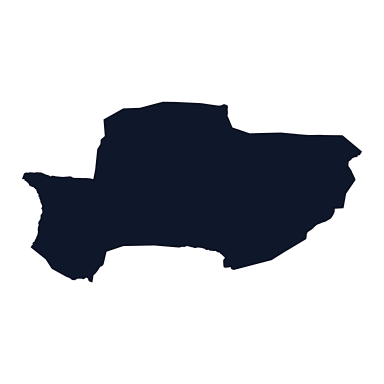 the district of Baruunturuun, Uvs, Mongolia
{"feature_id": "93677404B97554473591332", "entity_name": "Baruunturuun", "entity_type": "district", "adm_level": 2, "iso_a3": "MNG", "parent_name": "Mongolia", "parent_adm1": "Uvs", "projection": "natural_earth1", "projection_center": [94.759, 49.795], "detail": "fine", "context": "isolated", "style": "filled", "palette": "ink", "viewbox_px": 384, "rotation_deg": 0, "n_neighbors": 0, "source": "geoboundaries", "source_scale": "gbopen_adm2", "svg_char_len": 5778}
<svg xmlns="http://www.w3.org/2000/svg" viewBox="0 0 384 384"><path d="M361.0,151.7L342.2,136.0L330.9,135.9L324.5,135.8L320.4,135.6L308.9,135.8L297.2,134.9L294.8,134.6L287.2,133.9L283.9,133.6L281.0,133.3L272.5,133.5L267.6,133.6L249.5,134.1L231.9,128.1L229.3,121.9L228.9,120.9L227.6,117.8L227.0,116.8L227.0,116.4L226.8,116.1L226.8,115.7L226.5,115.3L226.7,114.5L227.1,114.1L226.9,113.7L227.1,113.3L226.9,112.9L227.2,112.3L227.1,111.7L226.9,110.5L226.9,110.2L227.0,109.8L227.0,109.6L226.8,109.2L226.8,108.8L226.9,108.3L227.1,107.9L227.2,107.5L227.2,107.1L227.0,106.5L226.9,106.0L224.5,105.0L223.7,105.0L222.0,105.9L219.7,106.4L216.9,106.2L205.6,104.6L203.2,104.2L200.7,103.9L186.2,103.2L181.9,103.0L175.3,102.7L163.1,102.5L160.0,103.3L157.6,103.9L139.9,108.6L125.2,109.1L123.8,109.3L123.7,109.1L123.4,109.2L104.3,119.9L105.6,136.4L101.4,140.0L101.2,144.3L98.0,149.4L95.9,169.9L93.9,180.2L89.9,179.1L86.0,178.8L81.0,178.8L80.4,178.7L75.5,178.7L74.5,178.6L73.5,178.5L72.8,178.4L72.1,178.0L70.5,177.1L64.2,177.6L62.2,177.7L57.1,177.2L55.6,177.1L53.9,176.6L52.1,176.5L50.6,177.2L49.7,177.1L48.6,176.1L45.6,175.3L41.2,173.3L36.5,173.0L34.1,173.5L32.6,173.2L30.8,173.1L29.6,173.0L28.6,173.7L26.8,173.2L24.7,173.9L23.0,178.4L23.6,178.4L24.2,178.4L25.1,178.6L25.3,178.8L25.2,179.8L25.3,180.0L26.7,180.7L27.9,182.0L28.8,182.5L29.1,182.8L29.2,183.1L29.2,183.4L29.3,183.5L29.6,184.0L30.1,185.1L30.3,185.3L30.6,185.4L31.1,185.3L31.3,185.5L31.5,185.7L31.7,185.9L32.1,185.9L32.4,186.0L33.2,186.4L33.6,186.4L34.0,186.5L34.5,187.1L34.7,187.3L35.2,187.5L35.5,187.6L35.6,188.4L35.8,188.5L36.4,188.7L36.8,189.0L37.0,189.5L37.1,190.3L37.3,190.8L37.5,191.1L37.7,191.3L37.7,192.3L37.9,192.5L38.4,192.8L38.8,193.4L39.1,193.8L39.2,194.3L39.3,195.0L39.2,195.6L39.2,195.9L39.3,196.2L39.7,196.7L40.0,197.0L40.2,197.4L40.1,198.3L40.2,198.6L40.4,198.9L40.7,199.4L40.8,199.8L40.9,200.1L41.2,200.6L41.3,201.0L41.1,201.7L41.1,201.9L41.2,202.1L41.7,202.6L42.3,204.4L42.6,204.7L42.8,205.0L42.8,206.0L43.0,206.3L43.2,206.5L43.0,207.0L42.7,207.4L42.2,208.3L42.1,208.5L42.8,209.3L43.1,210.1L43.0,211.2L43.3,212.2L42.8,213.3L42.5,213.8L42.5,214.1L42.1,214.6L41.4,215.2L41.3,216.4L41.4,217.3L41.3,218.1L41.0,219.5L40.6,220.1L40.0,221.1L39.6,221.7L39.1,222.4L39.0,222.7L39.0,223.2L39.2,223.6L39.5,225.0L39.5,225.4L39.3,225.6L39.2,226.0L39.3,226.4L38.7,227.2L38.6,228.0L38.6,228.5L38.8,228.8L38.5,229.7L38.4,230.1L38.8,231.5L38.7,232.5L38.4,233.5L38.3,234.6L38.2,235.0L38.0,235.4L37.9,235.6L37.7,235.9L37.4,236.7L37.4,236.9L36.9,237.7L36.8,238.0L36.9,238.6L36.7,239.0L36.1,239.5L35.9,239.7L35.9,240.3L35.7,240.7L35.4,241.0L35.3,241.3L35.2,241.8L35.0,242.0L34.8,242.2L34.5,242.4L34.1,242.6L33.7,242.8L33.6,243.1L33.3,243.6L33.3,243.9L33.4,244.9L33.4,245.2L33.4,245.3L33.1,245.5L32.7,245.8L32.2,246.1L31.6,247.1L46.2,258.8L52.3,268.2L67.2,276.4L68.8,276.9L69.8,277.3L71.9,278.7L72.0,279.0L72.3,279.3L72.6,279.3L73.4,279.1L73.8,279.2L74.2,279.4L74.7,279.5L75.0,279.3L75.3,278.9L75.5,278.8L75.9,278.7L76.2,278.6L76.8,278.1L77.2,277.8L77.8,277.9L78.5,277.9L79.0,278.0L79.7,277.7L80.2,277.9L80.8,277.9L81.5,277.8L82.1,277.9L82.6,278.1L82.9,278.4L83.2,278.4L83.5,278.4L83.9,278.2L84.9,277.4L85.6,277.1L86.0,276.8L86.5,276.6L86.8,276.7L87.0,276.9L87.3,277.2L88.1,277.8L89.3,278.4L89.3,278.8L89.1,279.1L88.9,279.4L88.9,279.6L89.0,279.8L89.3,280.3L89.6,280.7L90.2,280.9L90.6,281.1L91.8,281.5L92.8,274.8L93.6,274.2L95.2,272.7L96.5,271.0L97.1,270.2L98.8,267.7L99.2,266.8L99.8,266.2L101.5,265.4L102.3,264.8L102.9,263.9L105.9,251.1L123.2,245.3L154.2,244.7L179.2,246.8L179.6,246.6L180.8,246.4L181.3,246.3L181.8,246.1L182.4,245.9L183.2,245.8L183.4,246.0L183.8,246.3L184.1,246.3L184.4,246.2L184.6,245.9L185.3,245.8L185.6,245.7L186.0,245.5L186.3,245.2L186.6,245.1L187.7,245.4L188.2,245.6L188.8,245.6L189.6,245.8L190.7,246.2L192.1,246.5L192.6,246.6L193.4,246.6L193.6,246.8L194.1,247.1L195.1,247.2L195.6,247.3L196.0,247.1L196.4,246.9L197.0,246.8L197.8,246.8L198.4,246.8L199.0,246.8L199.6,246.9L200.4,247.0L201.3,247.1L201.9,247.2L203.4,247.7L204.1,247.8L204.7,248.0L205.4,248.4L206.1,249.1L206.7,249.2L207.6,249.1L208.5,248.9L208.8,248.9L209.1,249.1L209.4,249.4L209.9,249.8L210.2,249.9L210.7,249.9L211.8,250.0L212.6,250.1L213.4,250.2L213.8,250.3L214.1,250.2L214.4,250.2L215.0,250.1L215.5,250.2L216.2,250.1L216.5,250.4L216.6,250.7L217.0,250.7L217.3,250.7L217.4,250.8L217.3,251.0L217.5,251.2L218.0,251.6L218.6,251.7L219.2,251.8L219.9,251.6L220.2,252.0L220.4,252.3L220.6,252.5L220.7,252.9L220.9,253.1L221.2,253.2L221.8,253.6L223.2,255.0L224.0,255.7L224.6,256.3L225.5,257.1L225.7,257.5L225.7,258.0L225.3,258.7L224.5,259.6L224.1,260.0L224.0,260.5L224.0,260.9L223.9,261.5L224.1,264.2L224.2,266.2L224.5,266.7L224.9,266.9L225.5,267.0L226.0,266.9L227.2,266.8L228.0,266.8L228.3,266.8L228.5,266.6L228.9,266.4L230.0,266.3L230.6,266.3L231.3,266.7L231.5,267.3L231.6,267.8L231.8,268.4L233.7,269.2L271.3,259.4L284.1,251.4L305.5,238.6L305.9,236.4L306.0,233.8L306.5,233.0L306.7,232.1L307.1,231.7L308.2,230.9L311.5,228.7L312.7,227.7L313.1,227.1L314.3,226.0L315.5,224.9L317.4,223.7L320.2,222.7L321.6,222.0L325.4,220.9L326.0,220.5L327.9,219.3L329.7,218.4L330.8,217.4L332.9,214.0L333.9,211.5L334.0,208.0L342.9,207.5L345.4,193.4L354.7,179.8L354.0,177.9L352.3,174.3L352.0,173.7L351.5,172.9L351.4,172.4L351.1,171.6L350.7,170.7L348.1,166.9L347.7,166.2L347.6,165.7L347.7,163.9L347.9,162.1L348.0,161.0L348.8,160.6L349.2,160.3L350.0,159.7L350.3,159.4L350.7,159.1L350.9,158.9L351.0,158.7L351.1,158.3L351.5,157.9L351.7,157.7L352.2,157.5L352.9,157.3L353.7,156.9L354.3,156.5L354.5,156.4L354.9,156.3L355.5,156.4L356.0,156.4L356.5,156.4L356.8,156.2L356.9,155.7L357.0,154.8L357.2,154.7L357.5,154.6L358.6,154.6L359.1,154.5L359.4,154.4L359.7,153.7L359.8,153.4L360.2,153.1L360.4,152.9L360.6,152.6L360.7,152.2L361.0,151.7Z" fill="#0f172a" stroke="#020617" stroke-width="1.5"/></svg>